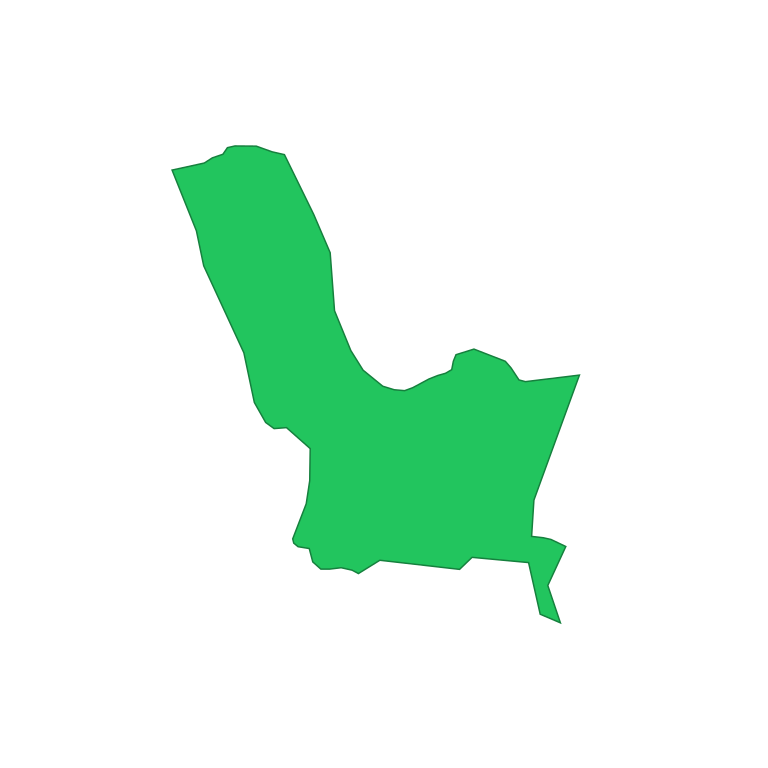 an SVG outline of Ljutomer, rotated 55°
{"feature_id": "SVN-265", "entity_name": "Ljutomer", "entity_type": "Municipality", "adm_level": 1, "iso_a3": "SVN", "parent_name": "Slovenia", "parent_adm1": "", "projection": "albers", "projection_center": [16.177, 46.529], "detail": "fine", "context": "isolated", "style": "filled", "palette": "green", "viewbox_px": 768, "rotation_deg": 55, "n_neighbors": 0, "source": "natural_earth", "source_scale": "10m", "svg_char_len": 960}
<svg xmlns="http://www.w3.org/2000/svg" viewBox="0 0 768 768"><g transform="rotate(55 384 384)"><path d="M680.8,376.5L662.2,388.1L613.2,368.0L576.5,411.3L578.9,426.6L579.2,428.4L526.0,488.5L524.6,513.7L523.5,514.2L518.1,517.0L509.9,524.5L504.5,534.6L499.4,541.9L488.9,544.4L475.9,539.6L468.0,547.7L462.6,549.2L458.5,547.6L437.5,516.4L420.6,500.3L394.6,481.5L363.8,488.9L357.5,499.6L347.7,503.0L324.8,500.8L278.1,480.9L183.8,463.9L150.9,449.8L87.2,434.9L99.9,404.5L100.3,394.9L103.4,384.2L100.6,376.7L103.5,369.6L115.9,352.2L129.5,342.6L139.0,334.0L204.7,344.3L245.6,352.8L295.6,382.5L337.6,392.0L360.7,393.2L385.1,386.3L394.6,378.9L401.3,370.9L403.5,362.6L405.7,344.2L407.9,335.0L410.5,327.5L411.1,320.3L405.1,314.1L401.3,308.2L407.0,290.3L435.0,271.6L443.8,270.7L458.1,271.1L463.2,266.8L488.8,218.8L551.7,308.7L565.1,327.8L593.5,350.5L601.3,341.7L607.1,336.4L621.4,328.3L643.0,365.4L680.8,376.5Z" fill="#22c55e" stroke="#15803d" stroke-width="1.5"/></g></svg>